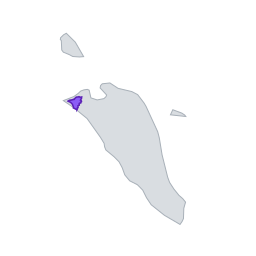 location of Tilomar, Cova Lima, East Timor, rotated 80°
{"feature_id": "22284137B39285760424005", "entity_name": "Tilomar", "entity_type": "district", "adm_level": 2, "iso_a3": "TLS", "parent_name": "East Timor", "parent_adm1": "Cova Lima", "projection": "equal_earth", "projection_center": [125.135, -9.378], "detail": "fine", "context": "in_parent", "style": "filled", "palette": "violet", "viewbox_px": 256, "rotation_deg": 80, "n_neighbors": 0, "source": "geoboundaries", "source_scale": "gbopen_adm2", "svg_char_len": 3200}
<svg xmlns="http://www.w3.org/2000/svg" viewBox="0 0 256 256"><g transform="rotate(80 128 128)"><path d="M89.8,186.9L87.6,175.8L85.3,171.0L83.4,168.2L82.8,164.8L82.9,161.3L84.0,159.7L91.9,159.3L95.0,153.5L94.9,146.6L93.4,144.3L91.8,143.3L83.7,148.5L81.4,147.6L80.0,145.7L80.5,138.0L87.2,130.9L92.8,117.9L96.8,112.7L106.1,107.9L109.8,106.5L136.8,99.4L143.2,98.9L160.3,99.1L183.2,97.5L188.8,96.5L196.1,93.4L203.2,89.5L207.0,86.4L211.0,84.2L216.8,87.0L226.8,89.1L229.5,91.0L232.0,93.5L220.4,107.2L207.6,118.5L199.8,121.9L191.7,124.3L185.5,128.6L180.3,135.5L173.6,139.3L166.1,140.6L159.7,142.7L153.9,146.7L145.8,153.6L142.5,154.3L139.0,154.2L132.3,156.8L111.5,166.7L98.9,177.6L89.8,186.9ZM24.0,172.3L34.3,165.0L50.0,159.3L49.6,163.5L48.0,170.0L45.6,173.0L42.1,178.5L39.7,179.7L30.3,178.5L29.1,179.3L27.4,178.7L25.0,175.2L24.0,172.3ZM126.7,69.1L122.4,83.9L117.8,80.7L122.7,72.4L125.1,69.9L126.7,69.1Z" fill="#d9dde1" stroke="#a8b0b8" stroke-width="1"/><path d="M88.6,170.8L88.6,171.0L88.8,171.4L88.8,171.5L88.7,171.6L88.7,171.8L88.7,172.0L88.7,172.3L88.7,172.5L88.6,172.9L88.6,173.0L88.6,173.3L88.8,173.4L88.8,173.5L88.7,173.6L88.7,173.8L88.8,173.9L88.8,174.0L89.0,174.2L89.0,174.3L89.2,174.5L89.3,174.8L89.5,174.9L89.6,175.0L89.8,175.2L89.8,175.3L89.8,175.5L89.9,175.8L90.0,175.8L90.3,175.9L90.3,176.0L90.4,176.3L90.5,176.3L90.5,176.5L90.5,176.8L90.5,177.0L90.4,177.0L90.4,177.3L90.4,177.5L90.4,177.8L90.5,178.0L90.6,178.3L90.7,178.5L90.5,178.8L90.5,179.0L90.6,179.3L90.5,179.6L90.6,179.8L90.7,180.0L90.5,180.3L90.6,180.5L90.6,180.8L90.5,181.0L90.7,181.3L90.8,181.3L90.8,181.5L91.0,181.6L91.0,181.8L90.9,181.9L90.9,182.0L91.0,182.1L91.0,182.3L91.1,182.5L91.2,182.4L91.3,182.3L91.5,182.0L91.5,181.9L91.7,181.6L91.8,181.5L92.1,181.1L92.3,180.7L92.5,180.5L92.7,180.3L92.8,180.2L93.2,179.8L93.4,179.7L93.5,179.6L93.8,179.3L94.0,179.2L94.4,179.0L94.5,178.9L94.8,178.8L95.0,178.7L95.5,178.5L95.8,178.5L96.0,178.4L96.3,178.4L96.5,178.4L96.8,178.3L97.0,178.2L97.3,178.2L97.5,178.1L97.8,178.1L98.1,178.1L98.3,178.2L98.5,178.2L98.7,178.3L98.8,178.3L98.8,178.2L99.1,177.7L99.4,177.4L99.7,177.1L99.8,176.8L99.9,176.7L100.1,176.5L100.2,176.4L100.4,176.1L100.6,175.8L100.8,175.6L101.1,175.3L101.2,175.2L101.3,175.2L100.9,174.9L100.7,174.7L100.4,174.7L100.1,174.6L99.9,174.6L99.7,174.5L99.5,174.3L99.5,174.2L99.4,174.2L99.4,173.9L99.3,173.7L99.2,173.6L98.7,173.6L98.4,173.5L98.2,173.5L97.9,173.5L97.6,173.5L97.6,173.4L97.3,173.2L97.2,172.9L97.2,172.7L97.1,172.3L97.1,172.2L96.8,172.2L96.6,172.1L96.4,172.0L96.4,171.9L96.2,171.9L95.9,171.9L95.7,171.9L95.4,171.8L95.4,171.7L95.2,171.5L95.1,171.2L95.1,170.9L95.1,170.7L95.2,170.4L95.2,170.2L94.9,170.0L94.7,170.0L94.7,169.9L94.4,169.8L94.2,169.7L93.9,169.7L93.8,169.3L93.8,169.2L93.7,169.2L93.4,169.2L93.2,169.2L93.1,169.3L92.9,169.4L92.8,169.5L92.8,169.4L92.7,169.4L92.6,169.5L92.3,169.6L92.2,169.5L91.9,169.5L91.7,169.6L91.6,169.4L91.4,169.3L91.3,169.2L91.1,169.1L91.0,168.9L90.9,168.8L90.9,168.7L90.7,168.6L90.4,168.5L90.2,168.5L89.9,168.4L89.7,168.3L89.6,168.5L89.4,168.4L89.4,168.5L89.4,168.8L89.4,169.1L89.4,169.4L89.4,169.5L89.4,169.8L89.2,170.0L89.1,170.3L88.9,170.4L88.8,170.5L88.7,170.6L88.6,170.8Z" fill="#8b5cf6" stroke="#5b21b6" stroke-width="1.5"/></g></svg>